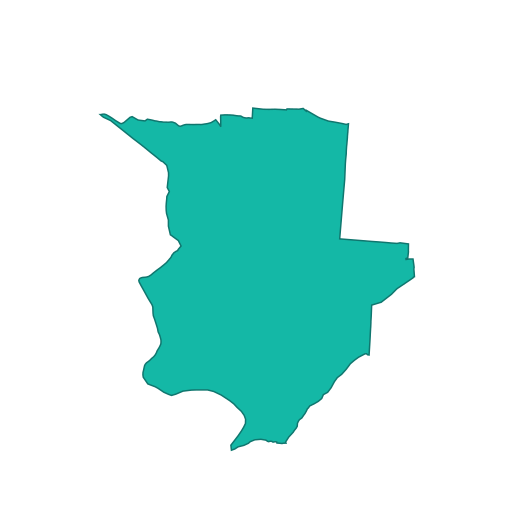 Tlanepantla, Puebla, Mexico, rotated 250°
{"feature_id": "50627088B83068266269285", "entity_name": "Tlanepantla", "entity_type": "district", "adm_level": 2, "iso_a3": "MEX", "parent_name": "Mexico", "parent_adm1": "Puebla", "projection": "albers", "projection_center": [-97.882, 18.857], "detail": "fine", "context": "isolated", "style": "filled", "palette": "teal", "viewbox_px": 512, "rotation_deg": 250, "n_neighbors": 0, "source": "geoboundaries", "source_scale": "gbopen_adm2", "svg_char_len": 4533}
<svg xmlns="http://www.w3.org/2000/svg" viewBox="0 0 512 512"><g transform="rotate(250 256 256)"><path d="M180.6,108.6L172.8,110.6L170.6,113.1L167.5,116.7L167.1,117.0L165.3,118.6L159.5,122.8L156.0,126.4L153.9,128.9L153.6,133.3L154.0,141.2L152.1,149.4L150.7,153.7L146.7,164.7L143.2,169.9L137.3,175.7L129.1,181.8L124.6,184.6L120.3,186.4L115.1,189.1L110.3,190.4L106.2,190.4L102.2,188.8L99.3,185.8L96.6,182.5L93.1,177.6L91.7,175.4L87.0,168.0L86.8,167.7L84.0,167.0L81.9,166.5L81.9,170.1L82.8,173.9L82.2,179.8L82.6,184.8L83.5,187.1L83.7,192.0L82.1,197.9L79.6,202.3L77.9,203.5L77.2,204.4L77.1,206.0L76.4,207.5L75.3,208.3L74.9,210.6L74.1,211.9L73.1,211.7L72.1,213.9L70.9,216.3L70.7,217.7L70.3,219.0L69.9,220.2L71.1,220.2L74.7,224.9L77.7,230.7L79.0,232.4L80.5,234.9L81.9,236.5L83.4,237.2L84.6,237.7L85.6,238.7L86.7,239.9L87.4,241.0L88.0,243.2L88.1,243.6L89.9,246.1L91.2,248.1L93.0,250.2L94.9,252.1L95.3,253.2L96.8,255.3L96.8,256.2L96.8,256.3L97.0,257.6L97.2,259.8L98.1,264.8L99.6,269.0L102.7,271.9L103.4,276.7L106.5,281.5L111.1,286.7L113.9,290.8L115.6,296.2L118.7,302.0L122.5,307.8L124.4,312.9L125.8,317.7L126.8,325.0L126.3,326.5L125.1,327.0L124.3,328.4L137.2,334.0L141.9,336.0L142.9,336.4L149.2,339.1L149.8,339.4L154.4,341.3L155.0,341.5L160.1,343.7L170.3,347.9L169.8,356.9L169.7,357.7L173.7,370.2L176.9,376.9L177.3,378.2L177.9,380.7L180.8,392.4L181.8,396.2L182.3,396.7L182.3,397.8L189.8,399.9L190.2,400.1L191.3,400.7L193.4,401.2L199.5,402.5L200.8,398.9L201.4,395.8L202.3,396.0L202.4,398.0L207.6,400.6L207.8,400.7L208.6,400.9L215.2,403.4L219.1,395.9L219.2,395.3L219.2,395.1L219.6,392.8L222.1,387.2L224.1,383.0L226.8,377.1L230.2,369.5L233.1,363.2L243.1,341.3L243.5,340.5L272.8,354.0L285.3,359.8L297.5,365.5L312.1,371.5L316.1,373.3L321.3,375.8L322.9,376.4L324.6,377.1L326.4,377.9L328.2,378.7L330.0,379.6L333.7,381.3L335.4,382.1L335.8,382.3L336.3,382.5L337.3,382.9L339.0,383.7L339.5,383.9L340.9,384.6L343.0,385.5L345.1,386.5L348.6,388.1L348.8,385.7L350.8,382.6L352.8,379.3L355.1,375.4L358.0,370.2L363.5,363.6L365.3,361.8L375.7,353.1L375.0,352.7L378.5,350.8L378.6,350.3L379.3,346.4L380.0,344.8L381.9,339.8L383.1,336.8L383.6,335.4L382.9,334.6L385.4,328.9L386.1,327.2L387.4,324.1L389.3,318.5L390.5,315.3L391.5,312.8L396.1,303.6L386.8,299.6L387.2,298.8L387.6,297.7L388.3,296.6L388.6,295.6L388.7,294.9L389.0,294.1L389.5,293.1L390.2,292.0L390.8,291.2L391.5,290.6L392.4,289.9L392.8,289.4L393.2,288.6L393.5,287.7L393.9,286.9L394.3,286.0L394.8,285.1L395.4,284.0L396.2,282.6L396.8,281.2L397.3,280.1L397.8,278.8L398.3,277.6L398.9,276.0L399.3,274.9L399.9,272.8L400.4,271.1L399.0,270.4L389.5,267.1L391.9,266.7L393.2,266.3L397.3,264.9L397.8,264.7L397.4,263.1L397.0,261.0L396.7,259.4L396.8,257.8L397.0,255.8L397.3,254.1L397.6,252.8L398.0,250.6L398.2,249.8L398.3,249.3L398.8,248.2L399.5,246.3L400.1,244.6L400.7,242.7L401.2,241.4L401.8,239.8L402.7,237.5L403.5,235.3L403.7,233.9L403.8,232.4L403.7,230.4L403.8,229.3L404.2,228.5L404.8,227.8L405.6,227.3L407.9,226.0L408.4,225.7L410.3,223.5L411.0,222.1L411.1,221.7L411.5,219.9L412.2,218.1L412.8,216.6L413.4,214.9L414.3,213.3L414.7,212.4L415.3,211.0L415.8,210.3L416.5,209.2L417.1,208.2L417.6,207.1L418.3,206.2L419.3,204.7L420.4,202.9L421.7,200.7L420.9,197.9L423.7,192.4L424.2,191.6L429.3,187.3L429.4,185.1L426.6,177.7L426.4,175.8L426.4,175.0L426.6,174.4L427.4,173.4L428.6,172.5L431.3,170.3L434.6,168.0L437.2,166.0L440.1,163.5L441.2,162.0L441.6,160.9L441.8,159.7L442.0,158.4L442.1,158.1L440.2,159.1L438.6,160.1L433.0,165.7L408.5,180.6L400.7,185.6L394.3,189.5L388.5,192.9L383.3,196.1L377.8,199.3L376.4,200.8L371.8,203.1L370.2,203.0L364.2,202.3L361.1,201.2L350.7,196.0L346.2,196.6L342.4,192.6L340.1,191.6L336.6,189.9L333.4,188.5L329.5,187.2L326.6,186.5L319.8,186.0L314.0,183.9L305.2,182.8L304.4,183.4L299.9,186.4L297.1,188.3L291.0,189.0L288.7,185.0L287.9,184.3L287.7,182.3L287.1,179.9L286.4,178.8L285.5,177.3L284.5,176.4L283.4,175.0L282.8,173.8L281.8,172.2L281.7,171.9L280.4,169.6L279.1,166.1L277.5,161.3L276.6,158.1L275.2,153.8L274.1,150.9L273.5,148.1L273.7,145.6L274.1,144.0L274.6,142.3L274.8,140.7L274.6,139.0L273.3,137.6L271.7,137.3L267.4,137.9L261.9,138.8L253.4,140.1L248.9,141.0L245.9,141.6L243.4,141.6L240.6,140.7L237.5,139.7L235.0,139.1L231.1,139.1L225.8,138.9L221.8,138.7L218.1,138.1L215.3,138.4L212.9,138.3L209.7,138.0L207.6,137.3L205.9,136.5L204.7,135.4L203.0,133.6L200.7,130.7L198.9,129.1L197.5,127.4L196.3,125.4L195.4,122.8L194.4,120.8L193.7,118.8L193.1,116.6L192.1,114.9L191.2,113.9L189.4,112.7L187.3,111.4L185.2,110.0L183.0,109.1L180.6,108.6Z" fill="#14b8a6" stroke="#0f766e" stroke-width="1.5"/></g></svg>